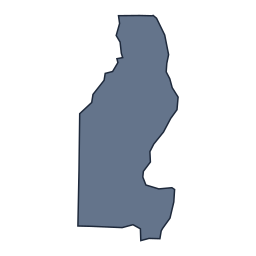 Benton, Tennessee, United States of America (Albers equal-area conic projection)
{"feature_id": "52423323B75177719130655", "entity_name": "Benton", "entity_type": "district", "adm_level": 2, "iso_a3": "USA", "parent_name": "United States of America", "parent_adm1": "Tennessee", "projection": "albers", "projection_center": [-88.034, 36.086], "detail": "fine", "context": "isolated", "style": "filled", "palette": "slate", "viewbox_px": 256, "rotation_deg": 0, "n_neighbors": 0, "source": "geoboundaries", "source_scale": "gbopen_adm2", "svg_char_len": 714}
<svg xmlns="http://www.w3.org/2000/svg" viewBox="0 0 256 256"><path d="M91.1,226.3L122.2,227.6L133.0,224.7L140.4,228.8L140.8,240.6L149.0,238.4L159.9,238.7L161.2,230.9L162.6,228.4L170.0,218.1L173.8,202.0L174.6,189.5L171.9,187.7L158.8,188.9L145.9,185.0L142.8,177.1L143.4,171.3L150.4,162.0L149.9,151.6L153.8,144.0L163.5,132.0L170.7,118.4L177.0,109.7L178.1,97.1L172.2,87.7L169.8,78.8L166.2,71.9L166.8,63.3L168.6,54.7L164.7,35.0L156.5,18.2L153.1,15.4L152.2,15.8L139.6,15.5L118.5,15.7L119.6,23.5L116.2,35.5L120.1,42.1L121.3,53.2L122.7,57.6L116.9,58.7L117.9,62.6L112.6,71.5L105.2,73.4L104.1,80.3L93.0,94.4L91.7,102.5L79.7,113.7L79.0,170.1L77.9,226.0L91.1,226.3Z" fill="#64748b" stroke="#1e293b" stroke-width="1.5"/></svg>